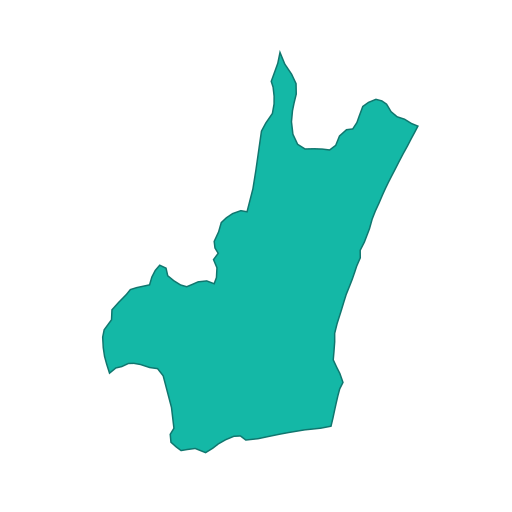 the district of Barra Velha, Santa Catarina, Brazil, rotated 10°
{"feature_id": "56859067B48185053064222", "entity_name": "Barra Velha", "entity_type": "district", "adm_level": 2, "iso_a3": "BRA", "parent_name": "Brazil", "parent_adm1": "Santa Catarina", "projection": "robinson", "projection_center": [-48.728, -26.649], "detail": "fine", "context": "isolated", "style": "filled", "palette": "teal", "viewbox_px": 512, "rotation_deg": 10, "n_neighbors": 0, "source": "geoboundaries", "source_scale": "gbopen_adm2", "svg_char_len": 1913}
<svg xmlns="http://www.w3.org/2000/svg" viewBox="0 0 512 512"><g transform="rotate(10 256 256)"><path d="M244.3,51.4L244.0,62.4L242.8,69.4L240.7,81.4L243.5,86.7L246.1,95.5L247.4,103.2L247.4,112.8L242.6,123.3L239.7,132.1L241.0,171.7L241.3,190.4L239.5,214.0L233.2,214.0L225.6,218.3L220.2,223.5L216.0,229.1L215.0,238.7L212.3,248.9L214.2,255.2L218.3,259.9L214.8,266.9L219.6,274.4L220.8,284.1L219.6,290.6L211.8,289.1L203.5,291.5L198.1,295.1L193.1,298.3L186.7,297.6L179.5,294.7L172.5,290.8L169.5,283.6L162.8,281.8L159.3,287.7L157.1,294.8L156.2,302.9L143.9,307.9L138.1,310.9L135.1,316.3L129.0,325.2L123.5,334.0L124.8,343.9L119.3,355.0L119.1,362.5L121.5,372.8L124.3,381.2L127.8,388.6L132.1,396.8L137.4,390.6L143.0,388.2L149.0,384.0L154.4,382.9L161.1,382.9L170.7,384.3L178.6,384.0L185.4,390.1L199.1,419.9L205.1,439.9L202.5,446.5L204.6,454.2L210.6,457.9L216.0,460.6L221.6,458.6L229.5,456.1L240.5,458.4L246.8,452.8L251.5,447.6L258.0,442.2L265.5,437.4L271.9,435.9L277.9,439.0L289.9,435.5L299.3,431.7L310.4,427.3L318.7,424.2L334.3,418.7L340.7,416.9L349.7,414.3L359.4,410.6L359.9,402.3L360.2,393.9L360.5,386.9L360.9,379.5L361.5,372.4L363.6,365.4L359.0,357.2L354.8,351.6L350.1,344.9L349.4,337.0L348.4,326.9L346.9,318.5L347.6,308.4L349.4,295.1L350.5,285.9L351.5,278.2L353.3,269.7L354.8,262.3L356.0,254.8L356.9,248.5L359.0,239.7L357.6,232.3L360.3,223.5L363.0,209.5L364.0,199.4L365.7,191.0L367.9,182.7L370.0,173.7L371.7,167.1L373.6,160.4L375.6,153.9L377.9,146.6L380.4,138.4L383.2,129.6L386.0,121.5L388.3,114.1L390.8,106.6L392.9,100.0L386.0,98.5L378.5,95.5L370.8,94.4L363.9,90.4L358.2,83.8L353.0,81.4L346.9,80.9L340.1,85.2L335.2,90.2L333.4,100.0L332.2,107.1L329.2,114.1L323.2,115.9L317.4,123.3L315.3,133.2L310.1,138.8L302.7,139.2L294.7,140.3L285.7,142.1L277.6,138.8L271.2,129.7L267.6,117.6L266.7,106.6L266.9,98.9L267.5,89.5L265.5,79.3L259.5,70.8L251.0,62.0L244.3,51.4Z" fill="#14b8a6" stroke="#0f766e" stroke-width="1.5"/></g></svg>